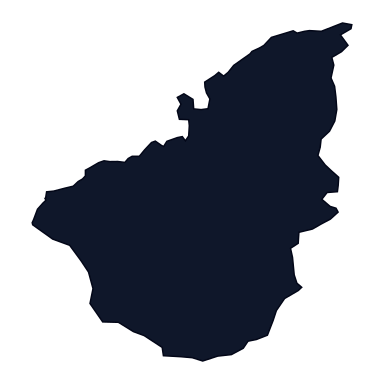 Agios Pavlos, Limassol, Cyprus (Robinson projection)
{"feature_id": "46923920B27663656308874", "entity_name": "Agios Pavlos", "entity_type": "district", "adm_level": 2, "iso_a3": "CYP", "parent_name": "Cyprus", "parent_adm1": "Limassol", "projection": "robinson", "projection_center": [33.049, 34.872], "detail": "fine", "context": "isolated", "style": "filled", "palette": "ink", "viewbox_px": 384, "rotation_deg": 0, "n_neighbors": 0, "source": "geoboundaries", "source_scale": "gbopen_adm2", "svg_char_len": 1621}
<svg xmlns="http://www.w3.org/2000/svg" viewBox="0 0 384 384"><path d="M351.8,24.7L342.5,23.0L321.3,31.3L309.4,30.6L304.6,31.3L297.1,33.1L293.2,30.8L271.4,37.4L263.9,45.4L259.2,48.1L252.0,51.4L250.0,53.9L243.0,58.8L233.7,65.4L228.1,72.4L223.6,76.1L218.7,72.3L214.8,75.6L204.7,82.1L205.0,87.1L206.5,92.9L209.9,98.9L208.0,108.7L201.1,109.6L193.7,108.9L193.0,99.4L183.9,93.8L177.3,97.4L181.0,104.2L177.3,110.8L179.4,119.3L188.7,119.7L189.3,125.7L188.7,135.9L185.4,140.8L182.3,136.6L177.3,137.6L166.9,141.3L163.6,146.5L161.6,145.5L155.3,141.1L151.5,142.5L144.6,149.9L139.3,156.3L132.1,156.3L128.2,158.5L124.9,162.4L117.7,161.5L109.8,161.6L104.0,160.8L98.6,162.7L89.5,168.0L85.4,170.2L85.4,175.9L82.5,179.0L78.2,181.5L73.2,186.2L64.8,188.2L53.7,191.1L46.6,191.8L45.5,198.9L45.2,198.8L45.9,200.3L43.2,202.8L37.5,209.2L33.6,219.6L32.2,222.7L32.7,224.8L52.7,239.1L69.7,245.3L81.0,260.7L88.5,272.0L93.0,288.6L90.0,303.5L102.7,321.9L118.4,322.3L133.4,331.6L144.2,335.6L162.2,347.4L163.4,355.7L180.8,356.7L192.3,357.7L202.7,361.0L217.7,356.1L231.4,354.6L243.3,348.2L248.0,341.2L256.4,339.5L267.4,335.2L273.1,320.5L276.4,310.5L284.6,298.5L298.3,290.5L301.7,287.3L296.9,283.2L294.2,274.9L292.5,257.3L290.5,248.3L298.2,243.3L298.9,232.3L312.5,229.0L321.0,224.1L330.4,219.1L338.1,212.1L336.0,208.2L330.1,206.4L321.8,199.3L327.1,192.5L337.4,191.7L338.2,185.3L338.7,177.3L331.6,171.0L325.2,165.0L317.9,155.5L320.2,147.2L321.1,139.1L329.5,131.2L334.8,121.0L336.8,109.5L335.9,97.0L334.6,86.3L331.0,78.0L333.8,65.1L331.8,57.4L341.5,51.7L348.0,45.3L340.4,34.9L351.0,28.7L351.8,24.7Z" fill="#0f172a" stroke="#020617" stroke-width="1.5"/></svg>